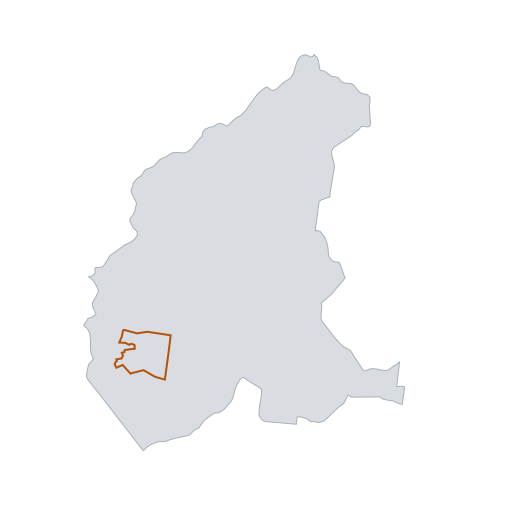 Lafon, Eastern Equatoria, South Sudan (highlighted), rotated 97°
{"feature_id": "79223893B81439496011559", "entity_name": "Lafon", "entity_type": "district", "adm_level": 2, "iso_a3": "SSD", "parent_name": "South Sudan", "parent_adm1": "Eastern Equatoria", "projection": "albers", "projection_center": [32.675, 5.157], "detail": "fine", "context": "in_parent", "style": "outline", "palette": "amber", "viewbox_px": 512, "rotation_deg": 97, "n_neighbors": 0, "source": "geoboundaries", "source_scale": "gbopen_adm2", "svg_char_len": 4143}
<svg xmlns="http://www.w3.org/2000/svg" viewBox="0 0 512 512"><g transform="rotate(97 256 256)"><path d="M414.7,392.1L399.5,407.5L398.4,408.4L396.5,409.6L390.4,409.7L384.0,408.9L378.1,404.9L372.1,408.0L368.4,409.0L366.1,409.3L360.8,409.8L353.3,411.5L349.9,413.5L348.1,415.2L346.6,418.2L345.8,418.5L344.5,418.1L342.5,416.9L338.6,415.2L336.6,411.3L334.7,409.0L333.2,407.8L326.8,411.6L323.8,412.5L321.3,412.4L316.7,410.2L311.6,408.4L309.0,408.4L305.1,410.7L300.6,414.1L298.3,417.5L297.2,419.5L295.7,416.4L294.2,414.4L292.0,413.7L287.8,414.4L286.8,413.3L286.6,410.7L286.0,408.3L284.9,406.5L281.6,404.7L273.2,400.9L266.7,393.6L263.4,390.2L261.1,387.9L257.7,382.2L253.9,378.2L249.2,376.3L246.1,377.2L242.9,381.4L236.9,385.4L234.2,385.5L230.7,383.3L226.3,381.8L218.3,381.0L215.0,382.9L210.7,386.0L207.1,387.8L204.8,388.0L202.7,387.2L200.3,386.8L198.3,386.7L194.1,383.9L191.9,381.8L190.4,379.8L188.0,378.5L185.2,377.3L183.2,375.6L182.3,373.4L180.7,370.5L178.7,368.0L172.2,363.4L170.3,360.7L169.0,358.0L166.4,355.1L163.6,351.2L162.7,345.5L162.6,340.9L162.1,338.8L160.9,336.7L159.5,334.9L157.3,332.9L152.0,329.9L146.6,326.4L144.0,324.4L139.1,323.7L136.1,321.7L133.7,317.4L132.7,314.0L130.2,311.3L129.2,309.4L128.6,307.1L130.6,300.4L127.8,298.0L123.5,294.8L120.5,291.4L118.6,288.3L113.2,284.1L101.2,277.8L94.4,273.8L90.6,270.3L87.3,266.8L87.0,265.3L89.2,261.9L89.6,259.1L87.9,256.0L80.7,250.0L75.1,243.4L70.8,241.4L60.4,239.4L57.4,238.7L54.3,237.4L51.2,234.5L50.2,231.0L51.8,225.5L50.9,223.8L49.1,223.3L49.6,222.2L51.6,219.5L54.9,217.8L63.5,215.2L64.0,214.2L64.2,210.7L64.9,209.1L67.9,204.3L68.4,202.4L68.6,198.4L69.0,196.5L69.9,195.1L72.3,192.8L73.1,191.4L73.5,188.3L73.3,182.1L74.6,179.7L80.0,174.2L81.5,171.7L82.0,169.5L82.0,167.2L82.4,165.0L84.0,162.8L85.4,162.2L89.4,161.6L92.1,162.0L111.2,158.4L113.4,159.0L114.4,161.2L114.2,164.8L114.5,166.6L115.5,167.9L118.5,169.6L120.6,172.5L121.7,173.6L124.7,175.6L138.8,192.2L142.7,193.8L146.6,193.2L154.3,189.9L158.2,189.0L185.1,190.2L188.1,189.7L188.3,189.8L192.3,198.1L194.3,200.0L223.8,200.3L223.3,197.9L223.7,195.3L228.9,190.3L229.6,189.7L234.2,187.3L238.7,185.7L247.2,183.9L250.4,180.9L252.1,178.2L252.2,172.8L253.3,171.9L255.4,170.7L265.3,165.9L267.0,164.9L284.4,176.2L294.2,185.0L294.8,185.5L295.3,185.6L295.8,185.3L296.3,184.9L297.5,184.5L301.7,184.4L309.6,184.0L312.2,183.0L328.2,167.2L332.3,162.2L333.3,161.2L335.6,157.6L338.1,151.4L338.5,150.7L356.0,136.0L356.6,134.8L356.8,133.9L354.2,128.9L353.6,126.4L353.5,122.5L354.0,116.5L353.8,112.7L353.6,111.7L353.5,111.4L343.7,100.6L368.3,100.5L368.3,99.1L368.3,98.7L367.8,97.4L367.5,95.7L367.6,94.7L367.7,93.8L367.7,93.3L367.6,92.9L367.7,92.7L367.8,92.5L385.4,92.7L385.2,95.8L383.0,103.0L383.1,107.3L382.6,112.3L382.0,113.7L381.1,114.9L380.8,115.5L380.8,116.1L384.4,143.7L384.2,144.9L383.2,146.6L382.9,147.2L382.9,147.6L383.3,147.9L391.4,150.9L391.8,151.1L392.1,151.3L395.1,154.9L411.2,168.0L411.7,168.7L413.4,172.8L413.6,173.4L413.6,174.4L413.6,175.2L413.2,177.7L413.3,178.8L413.6,179.5L413.8,180.4L413.8,180.6L413.7,181.2L411.3,186.0L410.5,189.4L410.3,192.3L410.4,193.9L410.7,195.0L410.9,195.4L411.2,195.6L418.1,195.6L418.1,197.1L419.0,222.2L419.1,225.0L418.8,228.5L418.0,229.9L416.0,231.9L413.6,233.7L407.3,234.2L402.1,234.2L398.4,233.8L393.3,233.6L388.6,234.0L386.8,235.5L380.5,248.9L378.6,252.2L378.1,254.2L378.7,255.3L381.1,257.0L386.5,259.4L392.7,260.7L397.3,261.3L400.5,262.0L402.9,262.7L411.7,268.7L414.6,271.5L416.1,274.0L416.5,276.7L417.8,279.4L425.8,287.7L433.5,291.6L436.4,296.0L439.2,298.2L441.9,300.5L443.4,304.0L446.7,314.0L449.0,319.3L451.3,323.6L452.2,330.6L454.0,333.7L455.9,337.5L459.0,340.9L462.3,343.6L462.9,344.3L429.8,377.1L414.7,392.1Z" fill="#d9dde1" stroke="#a8b0b8" stroke-width="1"/><path d="M346.0,378.9L352.1,379.3L358.6,381.2L358.1,375.1L359.6,371.1L358.3,369.2L359.0,365.8L362.8,365.0L365.3,374.9L367.4,374.9L368.4,377.4L371.1,375.9L374.1,376.9L375.6,382.0L377.2,381.3L378.2,382.4L380.8,383.1L383.9,380.9L380.4,375.1L388.0,366.3L387.9,366.2L383.0,353.7L388.2,341.5L389.8,331.4L360.2,331.0L345.1,331.0L344.6,349.1L344.5,354.9L347.3,364.7L345.4,378.0L346.0,378.9Z" fill="none" stroke="#b45309" stroke-width="2"/></g></svg>